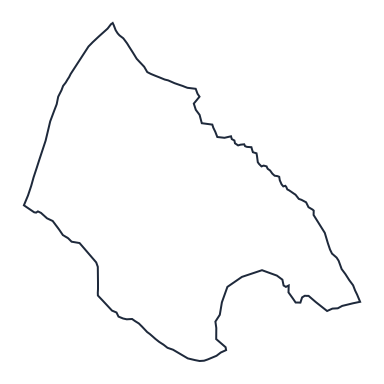 the district of Ardo-Kola, Taraba, Nigeria
{"feature_id": "59680162B5954014037791", "entity_name": "Ardo-Kola", "entity_type": "district", "adm_level": 2, "iso_a3": "NGA", "parent_name": "Nigeria", "parent_adm1": "Taraba", "projection": "natural_earth1", "projection_center": [11.217, 8.847], "detail": "fine", "context": "isolated", "style": "outline", "palette": "slate", "viewbox_px": 384, "rotation_deg": 0, "n_neighbors": 0, "source": "geoboundaries", "source_scale": "gbopen_adm2", "svg_char_len": 2395}
<svg xmlns="http://www.w3.org/2000/svg" viewBox="0 0 384 384"><path d="M195.7,88.8L187.4,87.8L184.5,86.7L182.8,86.0L180.1,85.1L174.6,83.2L168.2,80.4L164.6,79.5L160.0,77.6L155.4,75.8L150.8,73.9L147.5,72.2L147.2,72.0L144.2,66.8L141.4,63.8L139.5,61.8L136.7,58.8L134.8,55.7L132.9,52.6L129.0,46.5L127.1,43.4L123.3,38.3L119.5,35.4L117.7,33.4L115.7,30.3L113.7,25.1L112.7,23.0L111.0,24.2L107.6,28.6L98.9,36.4L92.8,42.1L88.5,46.5L70.7,73.9L69.1,77.1L67.6,79.4L65.7,82.6L63.1,85.9L61.5,90.2L58.2,96.7L56.7,104.2L54.2,110.7L50.2,121.4L47.9,131.1L45.6,140.7L42.4,150.4L39.2,160.1L36.8,167.6L33.6,177.3L31.2,185.9L28.0,195.5L23.9,205.3L34.2,212.3L36.1,212.6L37.9,211.4L41.0,212.9L47.0,218.3L52.7,221.0L59.0,229.4L62.9,235.1L68.1,238.2L71.6,241.7L79.3,243.0L79.6,243.1L87.7,252.5L96.2,262.4L97.8,266.8L98.0,282.8L98.0,289.1L97.8,292.8L97.9,295.5L98.8,296.5L102.6,300.5L105.4,303.5L112.0,310.6L116.5,312.5L118.5,316.6L123.1,318.5L126.7,319.3L132.1,319.0L134.9,321.0L138.9,323.5L142.4,327.0L147.1,332.0L149.8,334.0L152.0,335.9L155.5,339.0L159.2,341.9L163.8,344.9L167.5,347.8L173.0,349.7L187.8,358.4L195.0,360.1L199.6,361.0L204.1,360.7L207.6,359.5L216.5,355.8L220.8,352.5L226.1,350.1L225.6,347.2L216.2,339.1L216.3,328.0L215.4,321.6L219.8,314.8L221.9,302.3L227.4,286.9L241.9,276.9L251.8,273.6L262.0,270.2L276.9,275.6L282.4,279.7L283.6,285.5L285.9,286.9L288.7,285.5L288.5,292.4L292.8,298.4L295.6,302.5L300.4,302.6L302.1,297.4L304.7,295.8L308.6,295.9L315.7,302.0L327.1,311.0L332.4,308.6L337.8,308.3L342.2,305.9L347.6,304.6L352.9,303.3L360.1,301.8L357.1,294.6L355.1,290.5L353.1,285.3L349.3,280.2L345.4,274.1L341.6,269.0L341.2,267.8L338.6,260.7L336.6,257.6L332.0,253.6L330.0,249.5L327.9,243.3L324.8,232.9L313.6,215.0L313.7,210.6L312.6,209.6L308.5,207.2L306.1,202.3L301.4,199.8L298.8,198.9L295.6,194.8L289.2,190.4L287.3,189.4L286.2,186.8L285.3,185.8L283.3,186.4L281.6,184.4L279.8,180.3L279.2,176.8L277.4,176.1L274.6,175.7L272.3,173.6L270.1,170.5L267.7,168.8L267.1,167.6L266.6,166.4L263.7,165.6L261.5,166.4L259.1,164.0L257.8,162.2L257.0,156.1L256.5,153.3L253.8,152.5L252.9,152.2L252.0,149.4L251.4,147.2L247.0,146.9L245.1,146.2L244.2,144.3L240.4,144.7L238.1,145.4L235.0,143.3L234.4,140.5L231.8,139.1L231.0,136.3L224.5,137.8L217.3,137.0L215.3,131.8L213.3,127.7L212.3,124.6L201.8,123.2L200.7,119.1L199.6,114.9L195.8,109.8L193.8,103.6L199.5,96.7L197.5,93.7L195.7,88.8Z" fill="none" stroke="#1e293b" stroke-width="2"/></svg>